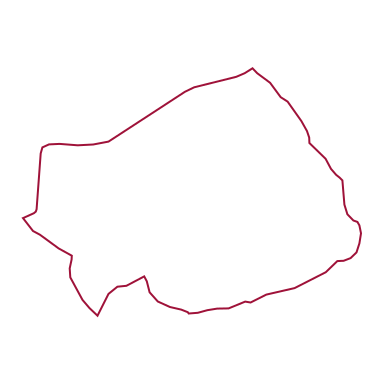 the border of Soum
{"feature_id": "BFA-2806", "entity_name": "Soum", "entity_type": "Province", "adm_level": 1, "iso_a3": "BFA", "parent_name": "Burkina Faso", "parent_adm1": "", "projection": "mercator", "projection_center": [-1.266, 14.274], "detail": "fine", "context": "isolated", "style": "outline", "palette": "rose", "viewbox_px": 384, "rotation_deg": 0, "n_neighbors": 0, "source": "natural_earth", "source_scale": "10m", "svg_char_len": 962}
<svg xmlns="http://www.w3.org/2000/svg" viewBox="0 0 384 384"><path d="M77.7,145.3L93.2,144.5L108.5,141.6L184.9,91.8L194.2,87.3L236.3,76.8L244.7,73.2L252.5,68.3L257.2,73.2L270.1,82.8L280.7,97.2L287.6,101.6L301.4,121.1L307.0,131.1L309.2,137.6L309.4,143.0L325.6,158.8L331.0,168.9L336.1,174.8L339.6,177.6L342.4,180.4L344.4,204.6L347.4,214.3L353.4,220.5L357.4,221.9L359.4,225.4L361.0,233.3L359.4,243.4L356.5,252.4L350.6,258.1L343.6,260.8L340.9,260.9L337.3,261.1L325.8,272.2L294.6,288.1L266.3,294.6L250.6,302.5L245.2,301.6L228.6,308.4L217.2,308.6L207.3,310.2L197.8,312.8L188.7,313.5L187.8,312.2L181.2,309.6L169.9,307.0L157.8,301.5L149.6,292.3L146.8,281.3L144.2,276.4L126.4,285.8L117.4,286.7L108.5,293.9L97.5,315.7L89.5,308.1L82.5,299.9L70.3,277.4L69.7,268.4L71.6,259.5L71.8,255.7L58.6,248.4L39.9,234.7L33.0,231.0L23.0,218.1L33.9,213.2L35.8,211.6L36.6,209.2L40.7,153.4L42.4,147.4L49.0,144.4L59.6,143.9L77.7,145.3Z" fill="none" stroke="#9f1239" stroke-width="2"/></svg>